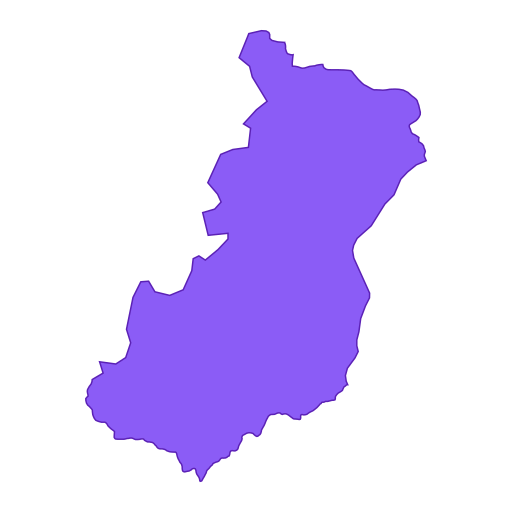 Vayk, Vayots Dzor, Armenia
{"feature_id": "60910142B90303504942673", "entity_name": "Vayk", "entity_type": "district", "adm_level": 2, "iso_a3": "ARM", "parent_name": "Armenia", "parent_adm1": "Vayots Dzor", "projection": "mercator", "projection_center": [45.554, 39.753], "detail": "fine", "context": "isolated", "style": "filled", "palette": "violet", "viewbox_px": 512, "rotation_deg": 0, "n_neighbors": 0, "source": "geoboundaries", "source_scale": "gbopen_adm2", "svg_char_len": 5252}
<svg xmlns="http://www.w3.org/2000/svg" viewBox="0 0 512 512"><path d="M248.8,33.6L247.4,37.2L240.3,54.7L239.1,57.7L249.6,66.3L252.3,77.0L267.1,101.3L256.4,109.8L243.5,123.9L250.6,128.2L248.4,147.4L232.8,149.5L220.7,154.4L207.8,182.7L217.6,194.2L221.1,202.0L214.7,209.1L202.7,212.6L208.2,235.3L228.0,233.3L228.0,239.0L218.0,249.6L205.3,260.1L198.9,255.9L193.2,258.7L191.8,270.7L183.2,289.8L169.7,295.4L154.9,291.8L148.6,281.2L140.8,281.8L133.0,297.4L126.5,329.3L130.7,342.8L125.7,357.6L115.8,364.0L99.6,361.8L103.1,373.1L92.2,379.5L92.0,381.5L91.2,383.9L89.8,385.8L89.3,386.4L87.6,389.5L87.3,391.1L87.5,392.9L88.0,394.9L88.0,395.1L88.0,396.2L87.6,396.6L86.9,397.2L85.8,398.6L85.9,400.7L86.5,403.1L87.7,405.1L88.2,405.5L89.4,406.5L90.3,407.5L91.8,409.2L92.2,409.7L92.4,410.8L92.4,411.6L92.6,413.3L92.8,414.7L93.5,416.6L94.4,418.5L95.8,420.3L97.7,421.1L99.2,421.6L101.5,422.2L103.2,422.2L104.9,422.2L105.8,422.7L107.0,424.0L108.0,425.9L109.3,427.2L111.0,428.8L113.6,430.7L114.5,431.6L114.4,432.7L114.3,434.3L114.2,436.1L114.2,437.4L114.9,438.5L115.6,439.0L117.9,439.2L120.1,439.2L121.9,439.2L123.8,439.2L125.1,439.0L127.0,438.5L128.5,438.4L129.8,438.1L131.4,438.0L132.7,438.3L134.4,439.1L135.5,439.5L137.8,439.5L139.3,439.4L141.0,439.0L142.5,438.9L143.6,439.1L144.6,440.4L145.4,440.7L146.2,441.3L147.6,441.9L149.3,441.9L150.3,442.1L152.2,442.4L153.3,443.0L154.3,443.9L155.1,445.0L156.1,445.8L156.8,446.9L157.1,447.3L158.2,448.3L159.6,448.8L162.6,448.9L163.9,449.2L165.5,449.7L166.5,450.6L168.6,451.4L170.0,451.8L172.0,452.0L174.1,452.1L175.6,452.1L175.9,452.4L176.3,452.7L176.7,453.8L176.8,454.2L177.1,455.7L177.5,457.1L178.2,458.9L179.1,460.5L179.9,462.2L180.5,462.9L181.1,463.6L181.7,464.7L182.2,466.7L182.2,468.3L182.3,469.4L182.5,470.4L182.8,471.1L183.7,471.7L184.7,471.9L186.8,471.4L187.8,471.2L189.1,471.0L190.0,470.5L191.3,469.8L192.3,468.8L193.5,468.5L194.5,468.5L195.3,468.9L195.9,470.3L196.1,472.0L196.5,473.3L196.9,474.3L197.6,475.3L198.8,477.1L199.5,478.7L199.8,480.6L200.2,481.3L201.4,481.0L201.6,481.0L202.3,479.9L203.0,478.5L204.2,476.6L205.3,474.4L205.8,473.5L206.0,473.2L206.4,471.9L206.7,470.8L207.4,469.9L208.7,468.7L209.4,467.9L210.3,466.7L211.2,465.8L212.4,464.8L213.0,463.5L214.5,462.8L215.8,462.2L217.6,461.7L218.4,461.3L219.2,460.7L220.0,459.5L220.9,458.4L222.1,458.0L223.4,458.1L224.5,458.0L225.2,458.0L226.8,457.4L227.9,456.4L229.2,455.9L229.8,453.9L229.8,453.5L230.0,452.3L230.6,451.1L232.1,450.6L233.5,450.8L235.0,450.9L235.9,450.5L236.7,450.2L237.9,448.9L238.4,447.1L238.7,445.9L238.9,445.5L240.1,443.2L241.6,440.6L242.1,438.7L241.8,437.4L242.3,435.9L243.0,435.2L244.6,434.4L246.7,433.2L248.9,432.7L251.1,432.9L253.1,433.5L254.0,434.5L255.5,435.8L256.8,436.4L257.8,436.2L258.9,435.3L260.0,434.5L260.8,433.2L261.3,431.4L261.5,430.0L261.9,429.3L263.0,427.3L264.0,425.6L265.0,423.4L265.7,421.5L266.6,419.5L267.5,417.9L268.3,416.3L269.6,415.2L270.8,414.5L273.0,414.4L274.6,414.3L276.0,413.7L277.3,413.1L279.1,412.8L280.2,413.1L281.2,414.0L282.3,414.4L283.9,413.9L285.4,413.8L286.5,414.0L288.1,414.8L289.5,415.8L290.7,416.8L292.0,417.7L292.8,418.4L293.8,418.9L294.5,419.0L295.1,418.9L295.9,419.1L297.0,419.1L298.2,419.3L299.3,419.5L300.3,419.2L300.7,417.9L300.6,416.3L300.8,415.2L301.4,414.6L302.5,414.6L303.8,414.9L305.4,414.7L306.9,414.3L307.9,413.5L309.5,412.4L311.3,411.5L312.8,410.8L314.3,409.7L317.0,407.5L319.3,405.0L320.2,403.9L321.1,403.5L321.7,402.4L322.5,402.2L323.8,402.2L324.8,401.8L325.4,401.4L327.7,401.4L330.0,400.8L331.9,400.3L333.7,400.2L335.0,399.8L335.3,398.8L335.3,397.4L335.6,396.2L336.8,394.5L338.3,393.0L340.1,392.0L341.8,390.9L342.5,390.2L342.7,389.6L343.2,388.5L343.8,387.2L344.4,386.6L345.4,386.0L346.4,385.0L347.3,384.7L347.7,384.7L346.2,381.2L345.4,375.5L347.4,368.2L355.0,357.9L358.2,351.5L356.8,345.8L356.8,339.9L358.9,331.8L360.7,318.5L365.5,305.8L369.5,297.9L369.6,293.1L353.8,258.1L352.5,250.4L353.7,245.1L357.1,238.4L371.2,225.8L384.9,204.0L394.0,194.8L400.8,179.1L407.4,172.1L416.4,164.8L426.2,160.7L425.4,158.8L424.3,156.1L424.4,154.2L424.9,152.9L425.3,151.5L424.9,149.9L424.0,147.8L423.5,145.7L422.1,143.9L420.7,142.9L418.8,141.8L418.6,139.9L418.9,137.5L417.8,136.7L416.3,135.7L414.9,134.8L412.4,133.7L411.1,131.9L410.8,130.6L410.2,128.9L409.5,127.5L409.2,126.0L409.6,124.7L410.7,123.9L413.3,122.3L415.9,120.7L417.5,119.1L419.0,117.1L420.2,114.6L420.3,112.2L419.9,110.5L419.5,108.8L418.7,105.2L417.9,103.1L417.1,100.6L416.1,99.3L414.3,97.7L412.1,96.1L410.6,94.8L407.9,92.4L403.3,90.1L399.0,89.3L395.0,89.1L389.7,89.3L386.3,89.9L382.8,90.2L380.3,90.0L377.8,89.9L375.9,89.8L374.6,89.9L372.9,89.5L370.6,88.3L368.8,87.3L366.5,86.0L363.9,84.7L361.7,82.8L358.1,79.2L354.5,74.9L354.4,74.9L352.3,72.0L350.8,70.7L348.7,70.4L344.2,70.0L337.4,69.8L331.3,69.8L327.9,69.7L326.0,69.2L323.9,67.7L323.2,66.3L322.8,64.5L321.2,64.5L319.5,64.7L317.0,65.1L315.7,65.5L314.8,65.9L314.0,65.9L312.3,66.1L309.7,66.4L307.2,67.2L304.6,68.0L302.2,68.2L300.7,67.8L297.8,66.8L295.0,66.3L292.4,66.2L292.2,63.6L292.4,61.0L292.7,57.8L293.1,54.7L292.3,54.9L290.7,54.7L289.2,54.3L287.6,53.7L286.8,52.7L286.0,50.5L285.5,48.7L285.6,47.0L285.5,45.5L285.2,43.9L284.5,42.7L284.6,42.4L277.7,41.9L271.9,40.4L269.7,38.4L269.7,34.5L268.8,32.5L266.1,31.0L261.4,30.7L248.8,33.6Z" fill="#8b5cf6" stroke="#5b21b6" stroke-width="1.5"/></svg>